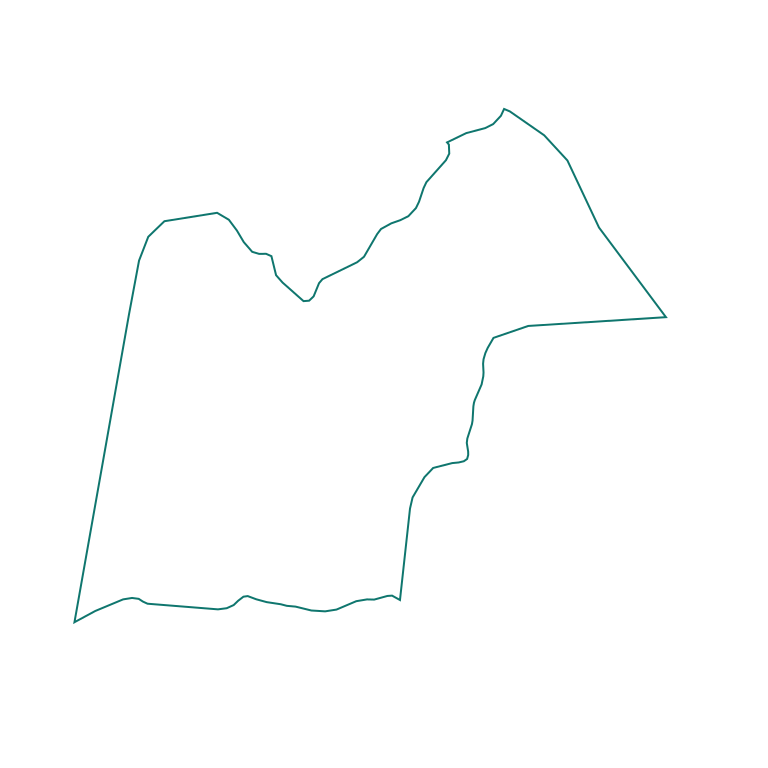 SVG path tracing the border of Orange Walk, rotated 11°
{"feature_id": "BLZ-1326", "entity_name": "Orange Walk", "entity_type": "District", "adm_level": 1, "iso_a3": "BLZ", "parent_name": "Belize", "parent_adm1": "", "projection": "albers", "projection_center": [-88.77, 17.784], "detail": "fine", "context": "isolated", "style": "outline", "palette": "teal", "viewbox_px": 768, "rotation_deg": 11, "n_neighbors": 0, "source": "natural_earth", "source_scale": "10m", "svg_char_len": 1362}
<svg xmlns="http://www.w3.org/2000/svg" viewBox="0 0 768 768"><g transform="rotate(11 384 384)"><path d="M125.6,676.9L122.7,501.5L120.4,364.7L120.0,309.6L124.5,284.5L129.1,277.9L137.4,266.1L187.5,247.8L200.4,252.4L210.3,261.4L219.3,271.5L229.4,279.4L236.6,280.1L243.4,278.7L249.1,280.0L257.3,297.8L265.1,303.8L289.2,318.0L294.6,316.5L298.2,311.4L301.0,297.4L303.6,292.8L334.4,269.6L340.1,262.9L348.7,238.1L351.5,232.4L360.5,224.9L368.7,220.1L375.9,214.6L381.8,205.2L383.6,198.4L385.5,184.1L387.1,177.8L402.1,152.5L404.1,145.4L402.0,136.6L399.8,134.8L416.9,122.0L434.5,113.5L441.6,108.0L447.6,98.4L449.4,91.1L455.5,92.4L493.8,109.3L521.4,129.6L565.2,189.4L648.0,264.6L514.5,299.5L482.7,317.8L478.9,328.8L477.6,334.3L477.0,340.7L477.4,345.2L479.5,353.7L480.0,357.5L479.9,365.8L476.2,382.5L475.9,385.3L476.0,388.8L477.9,403.0L478.0,406.6L476.2,421.6L476.5,426.0L479.5,434.3L480.2,437.6L479.9,441.7L477.1,444.6L472.2,446.8L466.1,448.6L448.3,457.0L441.5,467.7L433.7,489.9L433.3,501.3L440.9,593.0L432.3,590.2L427.8,591.4L415.5,597.5L408.4,598.7L398.2,602.5L380.4,614.5L369.6,618.4L355.9,620.2L339.7,619.4L330.9,620.3L324.7,619.9L310.5,620.5L299.7,619.7L290.7,618.2L286.6,619.6L282.2,624.6L278.6,629.7L272.4,634.1L264.0,636.9L193.8,644.8L188.9,643.6L184.2,641.7L177.5,642.1L169.0,645.2L143.9,661.9L125.6,676.9Z" fill="none" stroke="#0f766e" stroke-width="2"/></g></svg>